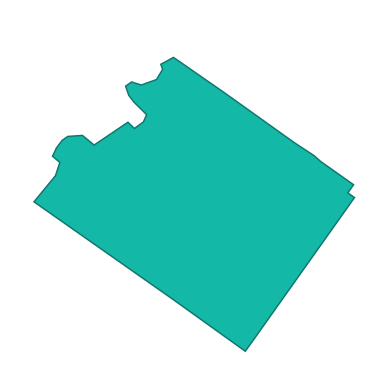 Polk, Oregon, United States of America (orthographic projection), rotated 215°
{"feature_id": "52423323B47830259529939", "entity_name": "Polk", "entity_type": "district", "adm_level": 2, "iso_a3": "USA", "parent_name": "United States of America", "parent_adm1": "Oregon", "projection": "orthographic", "projection_center": [-123.256, 44.898], "detail": "fine", "context": "isolated", "style": "filled", "palette": "teal", "viewbox_px": 384, "rotation_deg": 215, "n_neighbors": 0, "source": "geoboundaries", "source_scale": "gbopen_adm2", "svg_char_len": 593}
<svg xmlns="http://www.w3.org/2000/svg" viewBox="0 0 384 384"><g transform="rotate(215 192 192)"><path d="M315.8,93.3L147.8,93.1L147.4,93.1L57.0,92.1L56.8,109.9L55.7,280.6L63.8,280.7L63.8,290.6L104.2,290.8L112.8,291.8L136.5,291.1L223.6,291.9L271.2,291.7L284.4,291.6L290.8,278.7L286.4,275.6L285.6,263.7L295.0,250.5L304.6,247.5L307.1,240.6L299.2,234.9L291.1,232.3L273.5,229.3L272.0,221.6L275.6,211.0L284.5,212.4L299.1,174.3L314.2,175.5L325.6,166.3L328.0,159.8L328.2,154.4L328.3,150.4L326.8,141.3L317.2,140.4L313.2,127.1L315.8,93.3Z" fill="#14b8a6" stroke="#0f766e" stroke-width="1.5"/></g></svg>